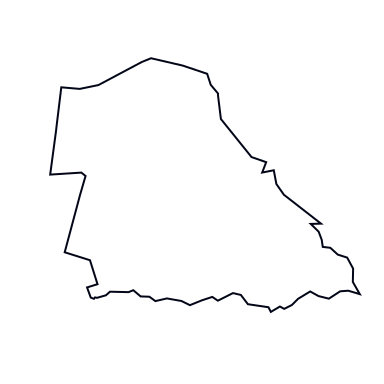 the district of Otsego, New York, United States of America, rotated 256°
{"feature_id": "52423323B75499738856279", "entity_name": "Otsego", "entity_type": "district", "adm_level": 2, "iso_a3": "USA", "parent_name": "United States of America", "parent_adm1": "New York", "projection": "equal_earth", "projection_center": [-75.145, 42.611], "detail": "fine", "context": "isolated", "style": "outline", "palette": "ink", "viewbox_px": 384, "rotation_deg": 256, "n_neighbors": 0, "source": "geoboundaries", "source_scale": "gbopen_adm2", "svg_char_len": 962}
<svg xmlns="http://www.w3.org/2000/svg" viewBox="0 0 384 384"><g transform="rotate(256 192 192)"><path d="M124.8,67.1L114.1,68.2L112.1,71.0L113.2,72.4L112.3,74.2L112.6,83.5L115.1,88.3L110.2,106.2L110.9,111.3L103.1,116.9L100.7,125.3L95.0,130.1L94.8,141.9L88.8,155.4L82.7,162.6L84.5,175.5L85.3,186.3L80.3,190.8L84.0,207.3L80.3,214.5L69.6,219.1L61.7,238.3L56.6,239.5L59.6,249.6L56.3,253.2L58.2,261.6L62.7,269.1L66.9,282.6L60.4,289.6L55.4,299.0L59.8,311.8L58.4,319.8L52.3,330.1L65.8,326.3L78.7,329.8L90.8,326.7L96.0,318.3L104.4,312.7L107.1,305.6L114.3,306.3L122.8,305.3L132.3,299.5L130.1,309.5L167.1,280.5L179.3,275.8L193.3,276.6L193.9,264.8L203.0,271.2L211.5,258.2L255.8,237.7L279.5,240.6L281.2,241.1L291.5,236.1L303.0,235.3L316.9,213.6L331.7,184.6L330.3,174.8L318.4,127.0L319.2,108.0L325.2,90.5L288.6,76.5L284.3,74.9L243.2,58.6L237.6,89.3L233.3,92.6L216.3,82.7L164.3,53.9L150.5,76.5L125.4,78.0L124.8,67.1Z" fill="none" stroke="#020617" stroke-width="2"/></g></svg>